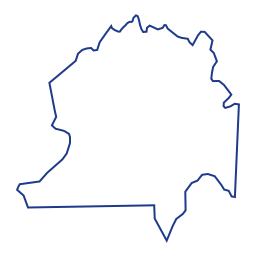 Grimari, Ouaka, Central African Republic (Robinson projection)
{"feature_id": "33826404B92675237545946", "entity_name": "Grimari", "entity_type": "district", "adm_level": 2, "iso_a3": "CAF", "parent_name": "Central African Republic", "parent_adm1": "Ouaka", "projection": "robinson", "projection_center": [19.988, 5.752], "detail": "fine", "context": "isolated", "style": "outline", "palette": "blue", "viewbox_px": 256, "rotation_deg": 0, "n_neighbors": 0, "source": "geoboundaries", "source_scale": "gbopen_adm2", "svg_char_len": 1252}
<svg xmlns="http://www.w3.org/2000/svg" viewBox="0 0 256 256"><path d="M231.3,94.6L224.0,85.0L219.1,81.0L212.9,81.1L211.3,78.8L212.0,72.5L213.2,66.8L216.9,61.3L213.8,53.0L210.4,49.7L212.5,40.4L204.7,31.9L201.0,31.7L198.1,35.2L192.6,45.1L189.5,42.2L187.8,38.8L181.8,37.9L177.7,36.6L167.8,28.7L165.9,25.2L164.4,25.1L162.6,27.9L157.9,29.4L149.7,25.6L147.0,27.8L146.5,31.7L143.2,32.0L141.4,29.1L140.0,24.8L138.9,19.7L137.7,16.2L136.0,15.4L133.5,17.8L132.4,21.3L131.7,21.9L129.5,21.9L127.2,23.2L125.8,25.0L123.2,27.4L121.3,29.5L120.0,31.5L118.6,31.7L114.6,30.0L111.9,28.0L111.2,26.1L105.6,33.8L99.7,42.2L97.2,49.9L93.6,50.5L91.1,48.0L87.0,48.4L82.3,49.9L78.0,53.7L75.7,60.8L73.5,62.7L49.4,82.8L54.7,110.4L56.2,116.9L51.9,125.4L55.5,128.7L64.1,130.9L69.1,134.0L70.0,137.2L70.0,143.1L66.7,153.5L62.4,159.4L47.4,172.6L39.5,181.5L19.8,184.2L18.5,186.4L17.1,189.8L23.6,195.5L25.9,201.8L28.0,207.5L154.2,205.3L154.7,218.5L166.7,240.6L172.7,226.0L176.3,218.9L182.9,213.9L185.6,210.3L185.3,191.7L191.7,183.0L197.5,180.6L202.1,174.8L207.8,174.0L214.7,176.2L221.3,184.9L224.2,189.6L228.7,190.8L231.6,196.4L234.9,197.0L238.9,104.4L234.7,103.8L230.3,106.4L225.3,107.9L223.6,106.2L223.8,102.7L228.9,97.8L231.3,94.6Z" fill="none" stroke="#1e3a8a" stroke-width="2"/></svg>